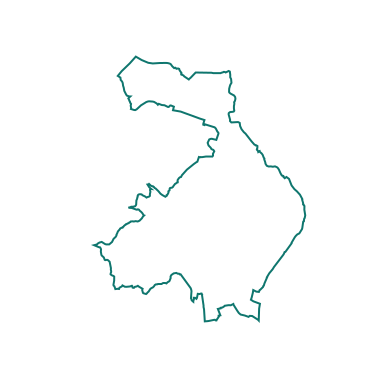 the district of Caransebes, Caras-Severin, Romania, rotated 31°
{"feature_id": "2599482B93861617643410", "entity_name": "Caransebes", "entity_type": "district", "adm_level": 2, "iso_a3": "ROU", "parent_name": "Romania", "parent_adm1": "Caras-Severin", "projection": "albers", "projection_center": [22.203, 45.422], "detail": "fine", "context": "isolated", "style": "outline", "palette": "teal", "viewbox_px": 384, "rotation_deg": 31, "n_neighbors": 0, "source": "geoboundaries", "source_scale": "gbopen_adm2", "svg_char_len": 6069}
<svg xmlns="http://www.w3.org/2000/svg" viewBox="0 0 384 384"><g transform="rotate(31 192 192)"><path d="M305.3,172.2L305.4,167.2L305.1,166.1L302.7,160.4L302.6,160.0L303.0,159.5L302.1,157.6L301.9,156.9L302.0,156.3L301.1,153.7L297.4,149.3L295.6,146.1L294.5,145.7L294.2,145.3L293.6,145.4L292.8,144.1L290.3,141.8L290.3,141.3L285.9,138.7L281.6,137.4L278.3,136.8L274.0,135.1L268.4,130.8L265.2,130.5L264.4,132.4L262.4,131.9L262.0,131.6L262.2,131.3L262.0,131.2L260.5,131.6L258.3,130.4L254.9,128.0L253.2,127.2L252.0,127.0L249.9,127.3L248.3,128.7L246.5,129.4L244.5,130.7L242.6,131.0L240.4,129.9L239.6,128.9L237.1,126.8L236.8,126.0L235.9,125.7L233.5,123.8L231.9,123.1L229.1,122.6L228.8,122.1L228.5,122.4L228.5,122.9L228.2,123.6L227.5,122.9L225.8,122.3L225.8,121.6L225.3,121.1L225.3,120.5L224.4,118.9L223.0,118.9L222.5,119.3L222.1,119.1L221.0,119.2L216.9,117.9L207.8,114.4L205.6,114.0L202.2,112.7L199.3,110.7L197.3,108.2L195.5,108.3L189.9,112.1L188.0,111.6L187.4,110.4L183.5,106.7L183.0,105.8L182.9,105.4L183.3,104.2L183.9,103.5L185.1,102.7L186.3,101.6L186.4,100.6L184.9,98.8L183.6,96.6L183.3,95.6L182.4,93.8L181.9,93.4L181.8,92.7L181.9,91.8L181.2,89.7L180.0,88.3L178.3,87.6L174.4,87.8L173.0,87.6L172.3,87.2L170.7,84.4L169.9,81.7L169.6,80.2L169.6,78.1L167.3,75.0L165.7,74.0L164.4,71.8L162.4,69.3L161.1,69.4L159.3,72.2L158.3,72.2L157.2,72.8L156.9,73.5L155.8,74.6L155.3,75.4L151.3,77.8L148.9,79.2L147.4,79.7L133.6,87.7L132.0,94.7L131.4,96.4L131.3,97.2L125.7,96.9L124.7,96.5L123.3,96.6L122.5,96.9L121.9,96.5L122.0,95.9L121.7,95.4L118.7,94.1L117.6,93.1L116.4,93.3L115.2,94.4L114.2,94.1L113.6,94.1L112.9,95.0L110.3,94.4L108.0,93.4L106.8,93.4L105.0,93.9L103.3,94.7L97.7,98.2L92.2,102.0L87.9,103.8L80.9,104.8L74.1,104.9L72.4,113.8L69.5,124.6L68.6,130.7L71.7,130.8L73.1,132.6L75.3,133.4L76.5,134.3L78.2,136.4L79.7,137.7L81.9,140.2L85.4,142.4L86.6,142.9L89.0,142.4L89.9,141.9L89.2,144.3L89.2,144.6L90.4,145.2L91.3,146.1L92.1,146.4L93.0,147.3L94.4,147.9L95.0,149.6L96.7,151.5L96.9,152.3L100.2,151.5L101.2,151.0L102.0,149.6L103.7,143.8L104.2,142.9L106.5,138.4L107.7,137.0L108.6,136.3L111.8,134.7L113.1,134.3L116.2,134.3L117.8,134.8L118.0,133.6L118.3,133.5L121.3,133.0L123.8,131.8L127.5,131.5L128.2,131.1L128.8,129.0L129.3,128.7L132.5,128.2L133.6,131.7L140.9,128.9L161.0,125.0L165.6,123.9L166.6,127.8L167.0,128.5L168.3,128.2L168.3,127.3L178.1,124.9L179.7,125.3L182.7,127.2L183.9,127.5L184.6,128.3L186.0,134.8L181.5,136.2L180.5,137.0L179.7,138.1L180.1,141.8L182.2,143.6L185.2,144.4L186.6,145.2L188.6,144.9L190.1,145.6L190.3,148.5L191.3,150.0L191.2,151.1L185.6,154.5L182.6,157.0L180.9,157.9L181.7,157.9L179.9,158.4L181.0,163.3L180.5,164.0L179.2,167.0L176.1,175.5L174.7,182.9L174.9,184.7L174.2,185.4L173.7,186.7L173.5,188.9L174.0,190.2L174.6,190.6L174.8,191.1L174.3,191.7L173.6,193.4L173.3,193.8L173.0,196.6L173.1,197.2L172.9,197.8L172.6,198.6L171.4,199.6L171.1,200.0L171.1,200.6L171.9,202.2L171.4,203.6L172.0,204.3L172.2,205.0L172.3,206.8L171.9,207.7L172.3,208.1L171.6,209.8L168.2,209.9L165.9,209.7L162.8,208.6L158.9,207.7L157.9,207.8L156.7,207.3L156.3,207.5L155.8,207.2L153.8,207.8L151.0,207.2L150.9,207.7L150.0,208.5L153.0,210.0L155.4,210.4L154.7,210.7L154.9,211.8L156.2,213.2L157.0,215.5L157.9,217.0L157.5,218.2L156.5,219.2L155.9,220.2L154.1,220.0L151.2,220.3L150.1,220.0L148.5,220.7L147.5,221.7L147.3,222.4L147.4,223.3L147.9,224.0L147.8,224.4L148.4,226.0L148.7,227.9L150.7,231.7L150.7,232.2L150.6,233.4L150.4,233.7L148.9,235.1L147.5,235.9L146.9,236.9L146.1,237.6L146.2,237.8L146.7,237.7L148.6,236.7L153.2,235.8L154.0,235.5L154.5,234.7L155.7,234.5L157.0,235.0L158.6,235.2L160.3,235.7L162.6,236.9L163.0,236.8L162.6,238.3L162.6,240.4L161.8,243.6L160.7,245.2L158.7,246.0L157.3,247.3L156.4,247.6L154.7,248.8L154.6,249.5L153.9,250.5L153.8,251.3L153.0,252.1L153.0,252.4L151.9,253.8L152.0,254.3L151.6,254.8L151.2,256.0L151.1,257.1L150.7,257.7L150.9,258.2L150.7,258.5L150.0,259.0L149.2,260.4L149.3,261.0L148.8,264.0L149.2,266.3L149.2,267.4L149.6,268.0L149.7,269.6L148.9,272.6L149.2,276.0L148.0,279.6L145.5,281.1L144.3,281.4L140.3,281.3L138.7,283.0L137.8,284.7L137.5,286.0L135.5,288.0L140.4,287.3L141.8,286.8L143.5,287.9L144.6,290.1L146.5,292.3L147.2,292.9L150.1,293.5L152.1,295.1L152.7,295.1L154.1,293.9L155.0,293.7L157.3,294.2L161.7,299.0L162.5,300.5L163.5,301.5L164.0,302.5L164.2,303.7L164.6,304.5L166.0,304.7L168.1,304.4L168.9,304.6L170.9,308.0L172.5,312.1L173.0,312.6L174.1,312.8L176.3,314.7L177.9,313.4L179.4,312.7L179.1,311.4L180.5,309.0L180.5,307.9L183.2,307.8L184.7,307.0L187.5,304.9L188.8,303.3L189.2,303.4L190.2,304.5L190.7,304.5L191.6,304.0L191.8,302.8L193.2,301.5L193.9,300.3L195.5,300.5L199.5,300.4L199.8,301.7L201.9,303.7L202.5,303.8L205.2,303.1L205.6,302.0L205.6,301.2L206.1,299.7L206.2,296.6L206.6,295.5L207.6,293.9L208.0,292.4L208.0,291.0L208.4,290.2L208.7,289.7L209.6,289.2L210.1,288.5L213.3,286.5L213.9,285.2L214.3,284.8L215.9,283.8L217.2,283.5L217.5,282.0L218.5,280.2L218.5,279.6L218.0,276.7L217.3,275.8L217.1,275.0L217.1,273.7L218.2,271.2L220.3,269.4L221.7,269.4L223.0,268.7L223.9,269.0L224.6,268.4L240.2,275.0L241.3,275.8L242.6,277.2L245.8,283.5L246.0,283.5L247.4,284.9L248.8,285.3L249.6,285.4L249.3,284.9L248.7,282.4L248.1,281.7L249.2,281.1L250.8,281.3L250.8,280.3L249.4,276.3L251.2,275.5L251.6,274.8L252.5,274.1L253.6,274.8L253.6,275.1L260.4,283.4L261.1,284.6L262.7,286.3L269.6,296.3L272.5,294.2L277.0,290.0L277.6,289.7L278.3,289.9L279.1,289.5L279.0,288.8L279.2,284.7L278.8,284.8L278.5,284.3L279.8,283.1L274.4,278.9L276.5,277.0L276.2,276.5L277.6,275.3L278.6,273.2L278.6,272.7L281.6,270.2L283.6,269.1L285.1,266.7L285.7,267.3L291.6,270.3L294.4,271.6L296.8,272.0L300.8,270.7L304.8,269.9L305.3,268.4L307.5,267.3L314.4,267.5L315.4,267.8L309.6,257.4L307.8,252.8L300.9,254.1L298.0,254.0L297.5,251.7L296.0,246.9L295.0,244.5L298.3,244.3L300.8,243.2L300.5,241.2L300.8,240.8L301.8,236.9L301.5,236.0L301.8,235.3L301.2,233.1L300.3,226.3L300.1,226.3L300.1,221.9L300.9,216.5L300.9,214.1L302.6,198.8L302.6,197.5L302.3,195.8L302.8,195.4L302.9,195.2L303.7,185.9L303.8,184.6L303.5,184.3L303.4,177.8L303.6,176.1L304.1,174.1L305.3,172.2Z" fill="none" stroke="#0f766e" stroke-width="2"/></g></svg>